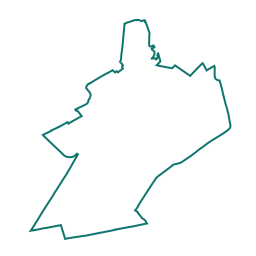 Mogosoaia, Ilfov, Romania, rotated 177°
{"feature_id": "2599482B61914387946285", "entity_name": "Mogosoaia", "entity_type": "district", "adm_level": 2, "iso_a3": "ROU", "parent_name": "Romania", "parent_adm1": "Ilfov", "projection": "robinson", "projection_center": [26.008, 44.535], "detail": "fine", "context": "isolated", "style": "outline", "palette": "teal", "viewbox_px": 256, "rotation_deg": 177, "n_neighbors": 0, "source": "geoboundaries", "source_scale": "gbopen_adm2", "svg_char_len": 5009}
<svg xmlns="http://www.w3.org/2000/svg" viewBox="0 0 256 256"><g transform="rotate(177 128 128)"><path d="M33.9,170.6L35.9,171.1L36.8,171.6L37.8,172.4L38.3,173.2L38.5,174.3L38.7,175.2L38.7,177.0L38.5,180.3L38.3,183.5L38.2,184.1L38.6,185.5L41.2,184.3L42.8,183.4L46.5,181.4L46.6,181.7L47.4,183.5L48.4,185.5L49.9,188.7L50.1,188.8L50.3,188.8L55.3,184.2L55.8,183.8L61.0,178.9L63.2,176.8L63.3,176.9L77.8,188.1L80.8,185.4L93.6,188.4L93.5,188.5L96.0,189.2L92.2,192.8L94.1,201.8L94.2,200.4L94.9,199.5L94.9,199.3L94.5,198.5L94.4,198.5L94.6,197.0L95.3,196.2L95.9,195.3L96.0,195.1L96.3,195.0L96.5,195.1L96.8,196.1L100.5,196.1L100.4,196.4L100.3,196.5L100.2,196.8L99.1,197.7L98.7,198.3L98.4,198.7L97.9,199.6L97.7,200.9L97.6,201.6L97.6,202.1L97.6,202.4L97.7,202.6L97.8,203.0L98.2,203.5L98.8,204.2L99.3,204.5L99.6,204.7L99.9,205.0L100.2,205.5L100.2,205.9L100.2,206.0L99.9,206.3L99.1,206.5L98.3,206.8L97.6,207.1L97.4,207.2L97.3,207.4L97.6,208.1L98.0,208.7L98.3,208.9L98.3,209.0L98.5,209.0L98.5,208.9L99.2,208.7L99.8,208.5L100.3,208.4L100.7,208.3L100.8,208.3L101.3,208.3L101.7,208.4L102.0,208.5L102.3,208.8L102.5,209.1L102.5,209.6L102.5,210.3L102.5,210.5L102.5,210.8L102.5,211.3L102.5,211.8L102.5,212.3L102.4,212.7L102.4,213.1L102.4,213.3L102.3,213.7L102.2,214.1L102.2,214.6L102.1,215.0L102.1,215.4L102.1,215.8L102.1,216.5L102.1,217.3L102.0,218.1L101.9,219.2L101.7,220.2L101.6,221.2L101.5,221.5L101.7,222.3L101.9,222.9L102.1,223.6L102.7,225.6L103.1,227.1L103.7,229.1L104.5,231.8L104.7,232.3L105.0,232.7L105.5,232.8L105.2,234.2L105.5,234.5L105.9,234.8L106.9,234.7L107.9,234.1L108.4,234.0L109.0,234.1L110.7,235.0L112.6,235.4L115.3,235.4L117.3,235.0L120.7,233.9L123.9,233.2L124.8,232.8L125.0,232.5L125.7,232.3L126.0,232.3L126.6,228.3L127.3,223.3L127.5,222.1L128.4,215.9L129.3,209.4L130.9,201.0L131.1,199.0L131.3,197.6L131.4,197.1L131.6,196.3L131.9,195.6L132.2,195.0L132.5,194.4L132.2,194.0L131.9,193.6L131.2,193.0L130.8,192.5L130.7,192.3L130.6,192.1L130.5,191.8L130.5,191.6L129.7,190.8L129.7,190.7L130.7,189.8L130.7,188.9L130.5,188.4L130.0,187.7L130.5,187.3L135.1,184.1L135.4,184.4L136.3,185.3L138.0,184.1L140.3,186.5L140.5,186.4L143.2,185.1L143.7,184.8L144.5,184.3L145.2,184.0L145.3,184.0L145.5,184.0L145.8,183.9L147.0,183.3L148.1,182.8L152.5,180.6L156.7,178.4L158.8,177.3L164.2,174.3L164.3,174.5L165.1,174.1L166.3,173.2L166.9,172.4L167.3,171.7L167.5,170.9L167.7,170.1L167.4,169.7L166.8,168.8L166.5,168.3L165.8,167.4L165.7,167.2L165.0,166.4L164.5,165.7L163.5,163.2L164.0,161.4L165.1,159.0L165.8,158.2L166.1,157.7L166.5,156.2L166.6,155.7L167.2,155.1L167.5,154.7L168.0,154.3L168.4,154.0L169.1,153.7L179.7,149.2L179.6,148.9L179.0,148.2L178.3,148.6L177.9,147.8L177.7,147.8L176.1,145.9L173.8,142.4L173.7,142.3L177.1,140.6L181.4,138.5L187.2,135.6L187.3,135.5L188.1,137.0L197.9,132.2L198.0,132.4L198.3,132.2L204.8,129.4L204.7,129.2L213.2,125.6L213.4,125.5L213.0,125.0L209.4,121.1L201.1,112.3L196.4,107.4L193.1,103.8L191.7,102.9L190.7,102.4L189.2,102.1L187.5,101.9L186.3,101.9L185.8,101.9L184.9,102.0L183.4,102.6L182.5,103.1L180.9,104.4L180.5,104.9L180.3,104.8L179.4,104.3L180.9,102.0L181.8,100.6L183.7,97.7L185.2,95.4L185.3,95.1L188.4,90.3L189.3,88.9L190.1,87.8L190.8,86.6L191.6,85.4L192.7,83.8L193.2,83.2L195.7,79.8L196.5,78.6L202.1,70.8L203.6,68.6L204.1,68.0L207.9,62.4L211.5,57.5L212.4,56.2L213.6,54.6L215.3,52.2L219.6,46.1L222.5,41.8L227.5,34.7L229.4,31.9L230.5,30.5L226.9,31.0L226.9,30.8L224.9,31.1L222.0,31.6L215.9,32.5L215.7,32.4L215.4,32.4L215.1,32.4L210.0,33.2L209.4,33.2L205.6,33.8L200.1,34.5L198.1,26.6L196.6,20.6L192.1,21.2L191.9,21.2L189.7,21.4L187.2,21.7L185.4,21.9L184.6,21.9L183.3,22.0L181.8,22.2L180.7,22.3L179.5,22.5L178.5,22.5L177.8,22.6L177.5,22.6L177.0,22.6L176.7,22.6L176.4,22.7L176.1,22.7L175.3,22.8L174.9,22.8L173.0,23.1L171.5,23.3L169.8,23.6L169.2,23.7L168.8,23.7L168.6,23.8L167.5,23.9L167.1,24.0L166.4,24.1L165.7,24.2L164.8,24.3L163.5,24.5L163.4,24.5L162.7,24.6L161.7,24.8L160.8,24.9L160.4,24.9L149.2,26.5L148.1,26.7L146.1,27.0L145.4,27.1L145.5,27.3L136.9,28.4L130.8,29.2L130.4,29.2L128.8,29.4L127.2,29.6L126.0,29.8L124.9,30.0L124.3,30.1L122.8,30.3L121.6,30.5L121.3,30.6L121.0,30.6L120.5,30.7L120.2,30.7L119.7,30.8L119.4,30.8L119.0,30.9L118.6,30.9L117.8,31.1L116.9,31.2L115.6,31.4L114.4,31.7L114.1,31.7L115.1,33.5L115.5,34.6L116.8,35.9L118.2,36.8L119.3,38.2L121.1,40.8L121.8,41.6L122.4,42.4L122.8,43.6L123.6,44.2L124.2,44.7L124.8,45.1L125.2,45.3L124.9,45.7L124.2,46.5L122.9,48.0L122.1,49.1L121.9,49.9L121.0,51.0L120.7,51.7L108.0,69.2L102.7,76.3L101.3,77.7L99.2,79.1L94.5,82.2L86.2,87.8L85.2,88.9L78.0,90.3L76.0,91.2L68.6,95.7L67.4,96.3L66.9,96.7L64.7,98.2L62.5,99.7L61.8,100.1L61.2,100.5L60.8,100.9L57.2,103.4L54.5,105.1L52.6,106.3L50.5,107.8L48.6,109.0L45.8,110.7L41.9,112.8L40.6,113.5L40.2,113.7L38.6,114.6L31.7,118.5L29.6,119.8L28.0,120.9L26.9,122.0L26.0,123.0L25.8,123.9L25.5,125.1L26.4,130.8L26.5,132.5L27.0,136.8L27.4,138.5L28.4,143.5L28.6,144.6L29.2,146.2L30.3,152.3L30.7,154.0L31.4,157.5L31.6,158.8L31.9,160.7L33.1,166.6L33.7,169.3L33.9,170.6Z" fill="none" stroke="#0f766e" stroke-width="2"/></g></svg>